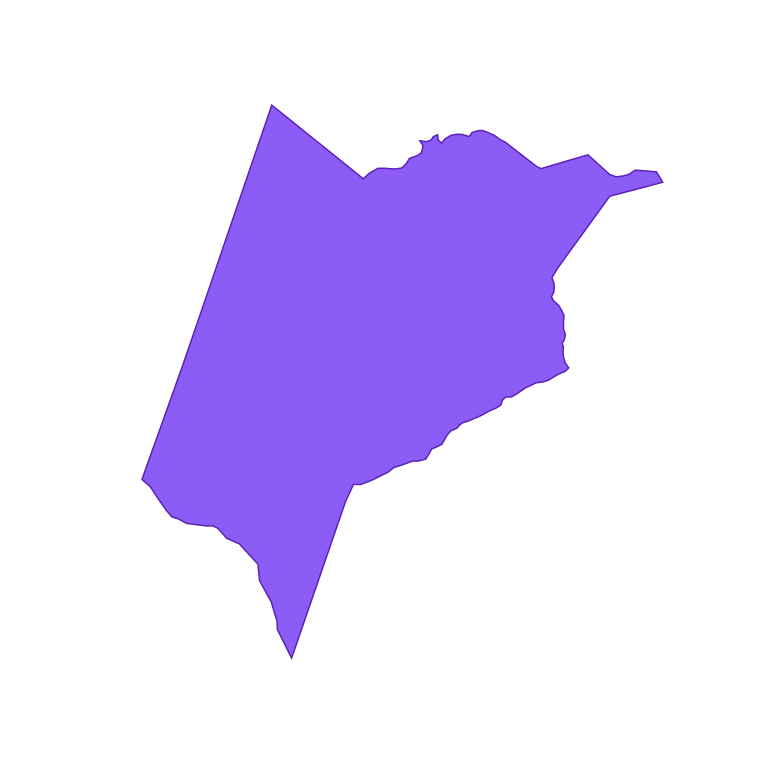 the district of Tabuleiro do Norte, Ceará, Brazil, rotated 109°
{"feature_id": "56859067B32879374314825", "entity_name": "Tabuleiro do Norte", "entity_type": "district", "adm_level": 2, "iso_a3": "BRA", "parent_name": "Brazil", "parent_adm1": "Ceará", "projection": "robinson", "projection_center": [-38.067, -5.298], "detail": "fine", "context": "isolated", "style": "filled", "palette": "violet", "viewbox_px": 768, "rotation_deg": 109, "n_neighbors": 0, "source": "geoboundaries", "source_scale": "gbopen_adm2", "svg_char_len": 1801}
<svg xmlns="http://www.w3.org/2000/svg" viewBox="0 0 768 768"><g transform="rotate(109 384 384)"><path d="M553.0,581.8L557.4,571.3L565.3,561.1L574.5,548.5L578.7,541.3L578.5,534.4L580.1,525.4L575.9,505.1L573.9,500.1L574.5,494.0L581.1,482.5L582.3,468.7L595.4,444.5L610.4,437.7L626.8,419.6L639.7,410.4L643.1,407.9L650.8,404.9L673.3,382.1L507.6,382.1L488.8,380.2L486.7,373.5L481.4,367.0L476.7,361.9L472.0,357.4L466.1,351.5L459.9,347.6L456.5,343.0L447.6,331.9L446.0,327.1L441.5,320.1L435.0,318.6L430.0,317.8L426.1,313.5L422.0,309.6L416.3,308.6L411.9,307.7L406.7,305.7L402.0,300.7L397.9,299.0L394.7,296.6L391.8,292.5L388.8,289.3L386.2,286.2L381.2,280.9L377.2,277.5L373.7,274.0L370.1,270.0L366.0,266.8L360.1,266.6L356.4,264.3L354.9,259.5L351.4,256.3L347.9,253.6L341.9,249.3L333.4,240.6L330.2,234.2L327.0,229.9L323.6,227.1L318.0,222.4L312.9,216.7L308.6,214.6L305.1,219.5L300.4,222.9L295.3,225.2L290.8,226.3L287.6,228.7L283.2,227.9L278.0,228.7L273.6,232.2L266.3,234.7L260.4,236.2L256.5,240.0L252.6,244.8L250.1,250.8L247.1,254.0L241.9,253.4L237.7,254.3L233.1,256.3L228.8,259.9L218.2,257.6L206.1,254.0L187.5,248.3L133.0,231.7L102.5,186.2L94.7,195.5L99.9,215.9L106.1,220.8L109.4,225.6L112.5,231.7L112.4,239.0L100.9,265.7L114.0,284.3L129.1,305.4L128.9,309.8L115.8,348.3L115.1,353.7L112.9,360.8L112.4,367.6L112.2,373.7L114.2,378.1L117.6,382.6L122.3,384.0L122.6,391.3L124.3,396.9L127.4,402.0L132.7,406.3L137.5,407.9L135.5,412.2L130.9,414.5L134.1,417.9L138.1,418.9L141.0,422.7L142.4,429.3L145.9,424.7L152.9,423.8L157.0,426.6L162.5,433.4L168.6,434.7L173.8,437.3L176.9,443.0L178.4,448.1L179.8,453.7L182.0,459.8L186.1,463.6L190.3,467.0L196.7,470.3L190.7,487.1L186.2,499.4L156.9,580.9L251.3,580.7L302.9,580.6L386.0,580.4L392.6,580.4L434.7,580.4L553.0,581.8Z" fill="#8b5cf6" stroke="#5b21b6" stroke-width="1.5"/></g></svg>